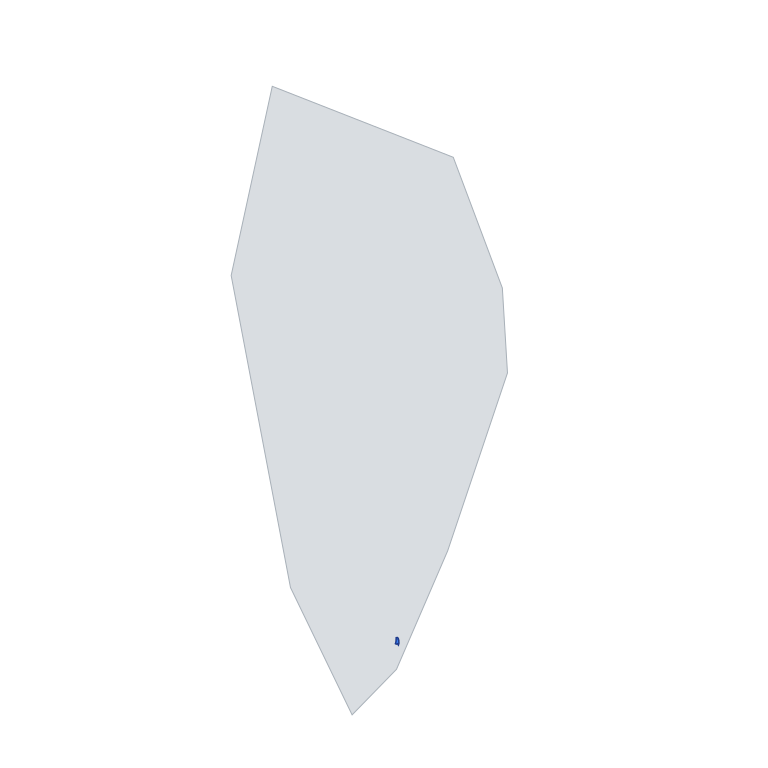 location of Monchy/Vieux Sucreic/Careffe, Gros Islet, Saint Lucia, rotated 167°
{"feature_id": "8701671B37181005506912", "entity_name": "Monchy/Vieux Sucreic/Careffe", "entity_type": "district", "adm_level": 2, "iso_a3": "LCA", "parent_name": "Saint Lucia", "parent_adm1": "Gros Islet", "projection": "robinson", "projection_center": [-60.949, 14.057], "detail": "fine", "context": "in_parent", "style": "filled", "palette": "blue", "viewbox_px": 768, "rotation_deg": 167, "n_neighbors": 0, "source": "geoboundaries", "source_scale": "gbopen_adm2", "svg_char_len": 1288}
<svg xmlns="http://www.w3.org/2000/svg" viewBox="0 0 768 768"><g transform="rotate(167 384 384)"><path d="M508.5,524.1L425.9,699.2L265.5,589.3L247.1,450.9L261.2,367.0L359.5,207.1L436.0,103.2L489.5,68.8L520.9,206.7L508.5,524.1Z" fill="#d9dde1" stroke="#a8b0b8" stroke-width="1"/><path d="M428.0,134.0L429.1,134.1L429.1,133.8L429.3,133.6L429.4,133.3L429.4,133.1L429.5,133.0L429.6,132.7L429.7,132.1L429.8,132.0L429.8,131.9L429.9,131.7L429.9,131.4L430.0,131.2L430.0,130.9L430.2,130.5L430.2,130.4L430.3,130.3L430.4,130.2L430.5,130.0L430.5,129.9L430.6,129.7L430.7,129.4L430.8,129.2L430.9,128.9L431.0,128.8L431.1,128.7L431.3,128.4L431.2,128.3L431.1,128.2L430.9,128.1L430.7,127.9L430.4,127.8L430.3,127.7L430.2,127.7L429.9,127.7L429.7,127.7L429.5,127.8L429.4,127.8L429.1,127.9L429.0,127.7L428.9,127.3L428.9,126.8L428.7,126.4L428.6,126.6L428.5,126.8L428.4,127.0L428.2,127.3L428.0,127.5L427.9,127.8L427.8,128.0L427.7,128.3L427.7,128.6L427.6,128.8L427.6,129.1L427.6,129.3L427.5,129.7L427.5,129.8L427.5,130.0L427.4,130.1L427.4,130.4L427.3,130.7L427.3,130.9L427.2,131.0L427.2,131.3L427.3,131.4L427.5,131.5L427.7,131.8L427.6,132.0L427.4,132.4L427.3,132.6L427.3,132.8L427.4,133.1L427.5,133.3L427.8,133.5L427.9,133.9L428.0,134.0L428.0,134.0Z" fill="#3b82f6" stroke="#1e3a8a" stroke-width="1.5"/></g></svg>